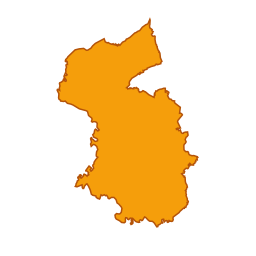 Bombali, Northern, Sierra Leone (orthographic projection), rotated 349°
{"feature_id": "65957751B29483301504535", "entity_name": "Bombali", "entity_type": "district", "adm_level": 2, "iso_a3": "SLE", "parent_name": "Sierra Leone", "parent_adm1": "Northern", "projection": "orthographic", "projection_center": [-12.185, 9.331], "detail": "fine", "context": "isolated", "style": "filled", "palette": "amber", "viewbox_px": 256, "rotation_deg": 349, "n_neighbors": 0, "source": "geoboundaries", "source_scale": "gbopen_adm2", "svg_char_len": 5815}
<svg xmlns="http://www.w3.org/2000/svg" viewBox="0 0 256 256"><g transform="rotate(349 128 128)"><path d="M106.2,220.3L107.2,219.9L107.7,219.1L108.1,216.6L108.6,215.6L109.7,215.9L110.3,217.5L111.2,218.1L112.6,217.0L113.3,216.9L114.1,217.2L114.5,217.8L113.6,218.7L113.5,221.5L112.4,221.8L112.2,222.2L112.6,223.3L113.9,223.0L114.7,222.3L115.0,220.9L114.9,218.9L115.5,217.8L117.5,220.9L118.3,221.7L120.5,222.7L121.4,222.7L121.4,221.3L122.4,220.5L123.0,220.5L123.7,221.5L124.6,221.4L127.3,218.5L128.3,219.2L130.4,222.5L131.5,223.6L134.2,224.3L135.7,226.3L137.4,230.5L138.4,230.5L139.2,228.9L140.6,228.8L142.6,227.6L143.8,227.9L144.0,227.4L143.3,226.1L143.8,224.4L145.2,224.2L145.7,224.5L145.3,225.7L145.7,227.1L146.8,226.3L148.1,226.2L148.7,226.5L148.6,227.8L149.0,228.2L149.6,228.1L150.6,226.6L151.0,226.8L151.0,227.6L152.0,227.6L153.2,228.1L154.1,227.8L154.9,226.6L154.9,225.3L155.4,224.0L162.0,220.8L163.1,219.7L167.2,217.3L168.0,217.6L168.5,216.6L169.6,216.9L170.6,215.1L171.9,214.2L171.8,212.5L172.6,212.8L172.9,212.2L173.2,211.5L172.4,210.1L172.7,208.8L172.1,205.4L172.6,204.5L172.4,203.1L173.0,201.0L172.4,200.4L173.8,199.2L174.4,197.6L175.0,197.4L175.0,196.8L174.8,194.7L174.2,193.5L174.1,191.3L174.6,187.4L173.8,187.0L174.3,186.1L173.2,185.7L173.0,184.8L171.9,183.2L173.2,182.8L174.5,183.0L175.3,181.5L174.4,180.8L175.4,179.7L177.4,178.6L178.9,179.3L179.4,179.0L180.8,177.1L180.1,176.0L180.3,175.6L181.3,175.6L181.9,176.3L182.1,175.8L181.5,174.6L181.9,174.4L183.2,176.4L185.2,176.9L185.4,175.8L186.8,175.4L187.5,174.1L188.2,174.0L188.3,172.7L189.1,172.2L189.9,172.5L190.0,170.4L190.9,170.2L190.6,169.4L187.3,167.6L185.5,167.4L183.2,166.1L182.7,164.9L182.7,163.4L182.2,162.6L180.1,162.2L178.8,160.2L179.4,156.1L180.0,154.8L181.4,153.9L182.4,152.7L181.9,150.3L183.3,148.1L184.3,147.7L185.6,146.5L185.7,143.3L185.0,143.5L184.4,143.0L182.0,143.1L181.3,143.8L180.3,143.6L179.6,142.9L179.2,141.8L179.0,139.9L177.5,140.4L176.9,138.9L175.3,138.7L175.3,137.9L177.0,137.6L177.5,138.1L179.5,138.0L177.8,131.4L178.4,130.1L183.9,125.5L183.5,124.4L182.4,123.4L181.4,123.4L183.3,117.7L178.9,112.6L178.5,111.4L178.9,110.3L176.7,109.6L175.6,107.8L174.9,107.8L174.0,107.2L173.0,103.9L173.9,102.6L173.6,101.7L174.1,101.3L174.8,101.3L174.9,100.7L173.4,99.1L172.7,98.8L172.0,100.3L171.5,99.9L172.2,96.1L170.7,95.8L167.9,96.2L167.0,96.0L164.8,96.4L163.4,97.3L162.4,96.9L161.4,98.6L160.7,98.8L160.3,100.1L160.8,100.1L160.7,100.9L160.0,101.1L159.4,102.9L154.9,99.4L152.0,95.8L151.2,95.5L150.4,94.5L149.7,94.2L149.1,94.7L147.1,95.2L146.4,94.6L146.0,94.9L145.3,92.7L145.7,92.4L145.6,91.6L144.1,90.1L144.0,90.5L143.6,90.5L141.8,89.6L141.0,89.8L141.0,90.5L139.6,90.1L138.5,89.2L138.1,89.7L137.3,89.1L136.4,89.7L135.7,89.3L135.2,89.5L135.0,88.6L134.3,88.2L137.3,86.3L138.0,85.3L137.7,84.3L138.4,82.6L141.3,79.9L146.7,77.9L148.2,76.7L149.4,77.6L150.0,77.4L150.8,76.6L150.9,76.1L150.2,75.9L150.7,75.6L151.6,76.5L153.8,76.2L154.1,75.5L153.8,74.4L154.9,74.6L155.8,74.1L157.8,74.0L158.2,73.0L162.5,72.1L166.3,71.8L167.8,70.7L168.1,71.2L168.8,71.1L169.1,71.5L172.5,71.1L172.7,69.9L174.0,69.1L173.2,65.3L173.6,60.4L172.8,59.5L173.2,58.9L172.3,56.9L172.0,54.5L172.2,53.6L171.7,52.7L171.9,51.8L171.3,50.7L171.4,46.2L172.1,43.2L171.5,42.7L170.4,42.8L169.6,42.4L169.0,41.1L169.0,40.2L170.1,39.8L170.3,39.0L171.1,38.2L169.9,37.0L170.5,36.0L168.5,33.8L168.6,31.5L169.1,31.0L170.3,26.3L170.2,25.5L167.4,29.6L165.2,30.0L161.3,31.8L158.1,34.6L155.4,35.1L154.8,35.7L152.8,36.0L147.4,39.3L144.6,40.3L143.4,40.4L142.1,41.9L139.0,42.7L135.8,45.3L135.2,44.4L134.1,45.0L134.3,44.2L133.3,44.6L132.7,44.0L132.9,45.0L131.9,44.4L131.4,43.5L130.5,43.7L130.1,42.9L129.8,43.3L129.3,43.2L129.0,42.6L128.6,42.4L128.1,42.7L126.3,41.7L124.8,40.3L123.9,40.5L122.1,39.1L121.6,35.8L112.1,38.7L109.0,40.6L106.8,42.6L103.3,43.9L102.1,43.8L99.6,41.4L95.2,41.0L91.0,41.2L82.6,46.6L81.9,47.5L79.9,48.9L79.2,50.4L79.6,51.0L80.1,51.2L80.5,50.7L81.0,51.3L80.7,54.1L79.8,53.8L79.3,54.1L79.0,55.2L79.3,56.4L78.0,58.7L77.8,60.8L76.4,63.0L77.6,62.6L78.4,64.2L77.5,64.7L75.4,64.4L74.9,65.6L76.4,68.8L76.4,69.9L75.8,70.3L74.5,69.4L74.9,68.2L74.4,67.5L73.8,67.9L73.7,68.9L71.5,70.2L69.6,70.6L69.2,71.2L69.2,73.7L68.2,75.8L68.1,78.0L66.6,76.6L66.0,76.7L65.7,77.5L66.7,81.2L65.6,85.2L65.8,86.7L67.0,87.8L67.0,88.7L69.9,89.7L71.5,89.6L73.2,92.2L76.6,93.7L78.6,95.1L83.9,99.9L90.6,103.2L91.4,104.3L91.7,108.3L94.2,111.2L94.4,112.5L93.4,114.5L94.0,115.4L95.4,115.2L96.9,115.5L98.0,116.3L98.7,117.6L97.7,121.2L99.3,124.4L98.4,125.0L97.4,125.0L96.8,123.6L95.9,122.9L94.9,123.7L93.6,126.8L92.1,127.9L92.7,130.5L95.5,132.5L96.0,133.7L95.6,134.7L93.7,135.0L92.6,134.4L91.7,132.8L90.7,132.2L90.5,130.5L89.8,130.6L89.2,131.5L89.5,134.9L88.2,136.6L88.4,139.0L90.8,137.5L92.1,138.0L93.9,140.2L93.9,141.4L94.3,143.3L92.6,145.4L91.6,148.6L91.6,149.8L92.8,150.9L90.3,152.9L88.2,155.1L87.6,156.9L86.4,157.7L86.2,158.7L86.6,159.8L86.5,161.1L85.5,161.6L85.2,162.4L84.3,162.7L83.9,163.2L83.3,163.2L82.8,161.8L84.1,160.8L84.4,160.3L82.5,157.9L78.5,161.6L78.4,162.0L79.1,162.1L80.8,164.2L80.1,165.4L80.6,166.3L80.3,166.7L79.0,166.7L78.6,167.4L77.3,165.7L76.1,164.9L75.7,165.2L75.2,166.5L72.9,168.2L72.2,168.1L71.7,167.1L73.3,165.7L72.4,164.8L71.4,165.0L71.0,165.9L69.3,166.8L69.3,167.5L70.0,167.4L69.5,169.7L68.0,170.4L67.7,171.4L66.4,172.9L65.9,174.4L65.1,175.3L66.7,176.0L72.0,175.0L71.8,177.8L72.2,178.8L72.9,178.9L74.5,176.5L76.6,175.0L77.1,175.0L78.1,177.5L79.1,181.6L79.4,186.0L80.6,187.3L83.5,188.6L83.6,190.1L85.1,191.6L85.7,191.6L86.3,192.3L86.9,192.0L88.8,188.5L89.8,189.5L92.0,189.0L93.0,190.2L94.2,190.0L95.0,191.9L95.1,193.2L96.0,193.9L98.5,193.0L101.0,193.5L102.6,196.0L103.0,199.5L104.4,200.9L106.3,204.1L106.7,205.8L105.3,209.5L103.6,210.7L102.8,210.7L100.4,209.8L98.6,211.0L98.5,213.5L99.1,215.1L102.1,217.5L103.7,219.5L106.2,220.3Z" fill="#f59e0b" stroke="#b45309" stroke-width="1.5"/></g></svg>